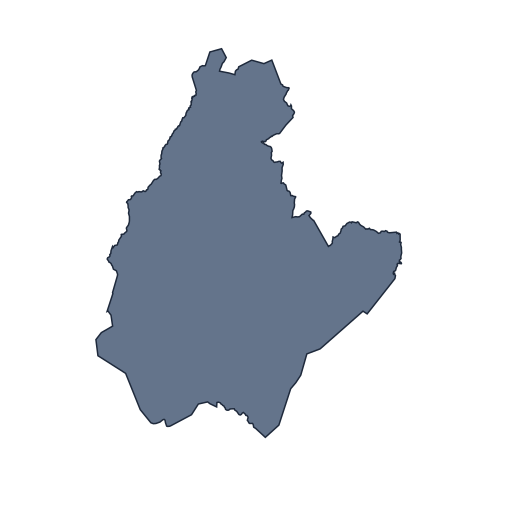 Loh-Djiboua, Sud-Bandama, Ivory Coast, rotated 198°
{"feature_id": "98640826B50838995581112", "entity_name": "Loh-Djiboua", "entity_type": "district", "adm_level": 2, "iso_a3": "CIV", "parent_name": "Ivory Coast", "parent_adm1": "Sud-Bandama", "projection": "equal_earth", "projection_center": [-5.414, 5.714], "detail": "fine", "context": "isolated", "style": "filled", "palette": "slate", "viewbox_px": 512, "rotation_deg": 198, "n_neighbors": 0, "source": "geoboundaries", "source_scale": "gbopen_adm2", "svg_char_len": 6142}
<svg xmlns="http://www.w3.org/2000/svg" viewBox="0 0 512 512"><g transform="rotate(198 256 256)"><path d="M318.6,74.1L304.4,64.9L301.8,64.8L299.4,65.8L296.0,68.4L294.0,71.5L293.0,72.2L292.5,72.2L291.7,71.6L290.6,69.5L288.4,66.6L287.4,66.6L285.5,67.4L284.5,68.3L268.3,85.1L265.1,97.4L256.9,102.3L254.3,101.3L246.8,100.3L247.9,104.6L246.6,105.4L244.5,105.3L243.5,104.4L242.5,104.3L241.4,103.6L240.3,103.5L239.4,102.6L238.3,101.9L237.6,100.8L236.5,100.4L235.5,100.5L234.3,101.0L233.6,102.2L232.7,102.8L229.5,104.0L228.7,103.0L226.3,102.3L223.3,100.0L221.9,99.9L221.0,100.8L220.5,102.4L219.7,103.3L217.4,102.3L216.4,101.3L215.3,101.5L214.2,100.7L213.5,99.7L213.6,98.3L213.4,96.9L212.3,96.3L211.3,95.1L210.1,94.8L207.6,95.7L206.6,94.9L205.3,92.5L203.0,91.9L191.1,86.4L182.0,102.2L182.0,140.5L179.0,147.8L176.6,156.5L177.4,178.6L166.3,187.5L137.2,236.6L132.4,235.3L116.9,277.4L117.3,280.5L118.1,281.1L118.7,282.1L118.9,281.2L119.3,281.0L120.0,281.6L120.2,282.4L120.3,283.8L118.9,285.1L118.8,285.8L119.0,288.6L118.5,290.5L119.2,291.6L119.1,292.6L118.4,292.7L117.4,293.4L116.8,293.2L115.4,293.6L115.4,294.0L116.1,294.7L116.7,294.9L116.9,294.6L117.7,294.4L118.1,295.4L118.0,295.7L118.3,296.4L117.6,297.5L117.3,298.4L118.0,299.9L118.2,301.0L118.4,303.9L119.8,307.3L120.4,309.2L121.9,311.5L122.2,313.7L123.0,314.0L123.6,313.5L123.9,313.6L123.8,315.7L125.7,321.3L126.6,321.7L127.2,321.0L128.2,321.9L129.0,321.1L129.8,322.1L136.3,319.3L138.2,319.2L139.1,320.1L140.7,320.1L141.3,319.1L142.0,318.8L142.8,318.9L144.3,318.3L144.6,318.0L144.8,316.6L146.5,315.4L149.1,316.5L152.1,317.1L153.4,317.0L155.3,316.5L156.8,317.4L157.8,316.2L158.2,316.0L158.9,316.2L159.2,315.8L159.8,315.4L162.6,316.9L165.7,317.5L167.2,318.2L168.7,319.5L169.7,319.9L170.2,319.7L170.6,318.8L171.0,318.6L175.2,318.2L175.4,317.9L175.5,317.1L176.2,317.4L177.5,317.2L179.6,315.0L180.5,312.3L182.4,311.1L182.4,309.5L183.3,307.8L183.0,306.7L183.0,303.8L184.0,302.5L184.4,300.5L185.5,299.6L186.7,297.8L188.6,297.9L188.1,295.7L188.0,293.4L187.4,292.1L187.4,291.6L188.6,289.0L189.5,288.4L190.1,287.5L212.2,307.7L212.7,307.6L216.2,309.3L218.1,310.8L217.0,313.5L217.4,314.7L217.8,314.8L220.7,314.9L221.7,314.5L222.0,314.2L222.5,312.9L223.3,312.1L223.5,310.5L224.9,310.1L226.8,306.8L228.5,306.0L230.4,305.7L233.6,303.7L233.9,306.5L235.0,310.6L234.7,312.4L234.7,314.6L235.2,316.8L236.0,318.3L236.9,322.1L236.5,324.3L236.7,324.7L238.7,324.4L240.4,324.7L241.3,324.1L241.7,324.3L242.9,326.5L243.6,327.3L244.8,327.9L246.0,327.7L246.7,328.0L249.6,332.7L251.9,333.4L252.3,333.9L252.8,334.0L254.2,332.9L254.7,332.9L255.3,336.0L255.3,337.8L256.6,340.4L257.4,344.9L258.5,348.0L258.4,351.5L259.2,353.5L260.2,352.3L260.9,352.4L262.2,353.5L263.5,353.1L265.0,351.9L266.0,351.6L267.1,350.8L267.9,350.8L269.4,351.9L270.9,352.3L272.0,353.6L272.3,356.5L273.4,359.2L273.0,360.5L274.2,362.9L275.1,364.0L276.3,364.5L278.0,364.3L279.7,364.5L281.1,365.1L282.5,364.8L283.5,365.9L284.7,365.5L285.9,365.9L286.1,366.2L286.2,366.5L285.1,367.3L284.0,367.1L283.3,367.6L282.3,367.8L282.1,368.4L282.0,369.8L280.1,371.6L279.8,372.7L278.7,373.7L278.4,374.7L277.6,374.8L277.0,376.0L274.1,378.7L272.1,379.3L271.4,379.9L268.0,389.8L263.6,399.2L264.5,400.6L264.5,401.3L264.1,402.0L263.8,404.1L264.0,404.8L265.2,405.9L267.8,407.0L268.6,409.6L269.5,410.5L269.5,409.5L270.0,409.0L270.8,408.6L272.2,408.8L274.2,411.0L276.8,411.9L278.3,413.5L278.3,415.9L277.4,419.4L277.5,420.4L277.1,422.1L277.0,423.1L276.5,423.7L276.4,425.9L277.1,426.1L278.7,425.6L281.9,425.7L283.2,426.1L283.6,426.9L285.5,427.3L301.5,447.2L307.9,441.4L320.6,440.9L330.9,430.6L330.8,428.3L332.0,427.0L332.7,425.4L332.1,421.9L338.2,421.7L347.8,420.5L348.0,422.3L347.6,425.0L347.5,428.8L346.5,430.8L345.6,435.5L352.8,442.5L362.9,435.8L363.0,421.4L364.3,420.7L365.7,420.5L367.6,418.7L367.8,418.4L367.8,416.9L368.3,415.0L369.8,412.7L371.2,412.2L372.0,411.6L372.6,409.9L372.7,408.7L372.7,408.3L372.0,406.6L363.8,395.0L364.0,393.7L363.5,392.5L363.1,392.2L362.8,390.5L363.5,390.2L363.9,389.6L363.8,388.9L364.9,388.6L365.1,387.7L365.5,388.0L365.9,387.6L365.7,387.1L365.9,386.6L365.8,386.1L365.4,386.0L365.1,384.7L365.1,384.1L365.5,382.7L365.3,382.3L364.9,382.3L365.0,381.7L364.3,379.7L364.9,378.8L364.9,378.0L364.3,377.3L365.7,376.0L365.5,374.7L365.2,375.0L365.1,374.4L365.7,374.0L366.3,373.0L366.4,372.1L366.3,371.6L366.5,371.4L366.6,370.8L366.5,369.1L366.2,368.2L366.3,367.8L367.3,365.2L368.4,364.8L368.5,362.4L368.3,361.5L369.0,360.3L369.0,356.5L369.3,356.0L369.8,355.9L370.3,355.0L370.3,354.0L370.9,352.7L370.8,352.2L371.9,351.6L371.8,350.8L372.6,349.7L372.7,347.6L373.3,346.0L373.2,345.2L373.4,344.8L373.4,343.5L374.4,342.8L374.2,341.9L374.4,341.5L374.2,341.1L374.4,339.6L375.2,338.4L375.1,336.7L374.8,335.7L375.0,334.9L376.0,334.4L376.7,333.0L376.6,332.5L377.3,330.5L378.0,329.9L377.7,329.5L377.6,328.8L377.9,326.7L377.3,324.2L377.4,322.5L376.6,320.1L376.0,319.5L377.0,317.4L377.2,316.4L375.8,313.9L375.8,312.1L375.2,310.7L374.9,308.5L373.8,308.3L373.6,307.8L372.7,307.6L372.8,306.6L372.5,305.6L371.4,304.7L371.2,303.1L372.4,301.9L373.0,300.2L374.4,298.1L375.9,297.7L376.8,296.3L377.9,291.8L378.5,291.1L379.8,288.3L379.8,287.5L379.5,286.5L379.7,285.7L380.5,285.1L380.7,283.9L381.1,283.2L381.6,283.0L383.4,283.2L384.3,281.9L385.1,281.4L387.2,281.1L388.2,280.3L389.5,280.3L390.6,278.4L391.4,275.4L392.2,274.8L392.9,274.6L393.0,274.1L392.3,273.0L392.6,271.6L393.1,270.7L394.7,270.1L395.1,268.7L395.7,267.6L395.6,266.9L394.2,266.3L393.3,264.6L392.6,262.6L391.1,260.8L390.7,259.5L390.5,257.4L388.6,254.5L387.3,250.5L387.0,249.2L386.9,245.9L387.9,243.0L387.8,242.2L386.7,240.5L386.6,239.4L388.0,237.2L388.3,236.3L388.8,235.8L390.7,235.0L390.8,234.5L390.2,233.7L390.1,233.1L391.4,228.7L391.1,227.1L391.5,225.8L391.3,224.5L391.4,223.6L393.7,222.3L394.5,219.8L395.4,220.7L395.5,216.2L394.9,213.5L395.5,212.1L394.9,211.0L395.2,209.9L396.5,208.5L396.6,207.6L396.5,207.0L394.6,205.6L393.9,204.7L393.0,204.7L391.4,204.0L390.5,202.8L389.7,202.4L387.5,199.4L384.2,198.8L382.0,195.9L381.7,194.4L381.1,176.8L380.5,176.0L380.5,157.2L379.7,157.9L375.6,154.9L370.7,145.0L379.4,135.4L382.4,127.0L375.5,112.3L343.7,104.1L318.6,74.1Z" fill="#64748b" stroke="#1e293b" stroke-width="1.5"/></g></svg>